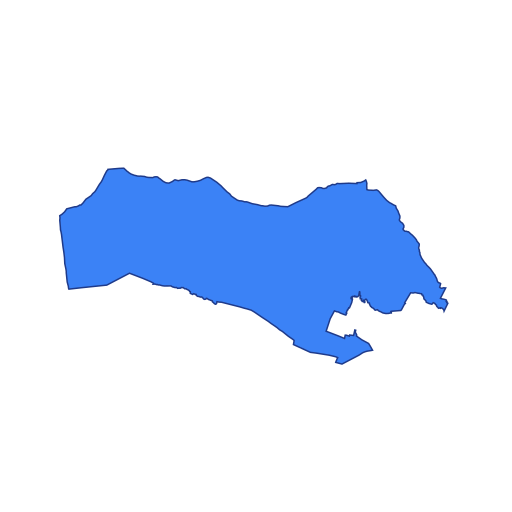 the district of Mitocu Dragomirnei, Suceava, Romania, rotated 299°
{"feature_id": "2599482B44834834601396", "entity_name": "Mitocu Dragomirnei", "entity_type": "district", "adm_level": 2, "iso_a3": "ROU", "parent_name": "Romania", "parent_adm1": "Suceava", "projection": "albers", "projection_center": [26.23, 47.747], "detail": "fine", "context": "isolated", "style": "filled", "palette": "blue", "viewbox_px": 512, "rotation_deg": 299, "n_neighbors": 0, "source": "geoboundaries", "source_scale": "gbopen_adm2", "svg_char_len": 6098}
<svg xmlns="http://www.w3.org/2000/svg" viewBox="0 0 512 512"><g transform="rotate(299 256 256)"><path d="M368.0,343.3L369.4,339.1L372.0,332.3L372.3,331.0L372.3,329.6L372.2,329.3L370.3,326.8L369.6,325.3L368.2,322.5L367.8,320.8L371.6,318.5L373.2,317.8L374.8,316.3L375.7,315.1L373.9,314.2L371.1,312.0L369.1,308.8L368.3,309.2L364.6,301.8L359.8,294.0L358.8,291.8L357.3,291.0L356.5,290.2L355.6,288.1L353.1,286.5L352.4,285.6L351.9,285.2L350.9,284.8L349.8,284.7L348.3,283.2L347.5,281.8L347.4,280.1L346.4,277.9L345.5,276.8L343.6,276.3L333.8,272.6L332.0,272.2L330.6,271.4L322.1,265.1L314.5,259.9L311.4,253.5L310.7,251.1L308.0,244.7L307.0,243.2L305.2,241.8L303.9,239.7L303.2,237.6L302.5,236.1L301.6,232.3L299.9,227.3L299.1,222.5L298.8,221.5L297.8,219.6L297.6,218.3L297.2,216.8L296.2,214.6L295.8,212.6L296.4,205.5L297.5,203.1L297.7,202.0L298.0,199.7L299.8,193.3L300.4,191.5L301.5,185.9L302.1,178.4L301.6,175.9L300.7,174.6L298.1,172.6L295.2,170.7L293.0,168.5L291.2,166.3L290.5,165.3L289.8,163.9L288.9,158.9L288.1,156.6L286.7,154.2L284.2,151.5L283.4,148.3L282.9,147.8L280.7,146.8L277.6,144.6L276.7,142.6L276.4,141.6L276.3,140.5L276.3,138.4L277.0,134.6L277.1,133.1L277.4,131.8L277.2,130.9L276.4,129.4L275.5,128.4L274.5,127.7L272.5,123.7L271.9,122.1L271.5,119.9L269.8,116.1L269.2,115.2L268.4,113.4L268.1,112.0L267.6,110.4L267.1,106.9L267.2,104.7L267.5,103.3L267.6,102.1L268.0,100.7L268.7,97.8L266.2,93.7L260.0,84.5L259.5,84.7L258.0,84.2L253.3,84.3L248.1,84.7L245.8,84.7L242.8,84.3L236.3,84.1L234.1,83.9L231.3,82.9L228.9,82.6L223.2,79.7L218.5,79.0L215.7,78.2L215.2,77.2L213.6,76.3L212.0,75.0L211.1,73.5L205.5,67.6L201.8,67.2L198.5,66.1L196.1,64.8L194.3,66.1L192.2,67.0L186.4,70.9L184.0,72.4L182.8,73.6L180.5,75.5L170.0,83.1L166.3,86.0L161.7,89.3L156.7,92.4L152.4,96.1L150.7,97.4L149.3,98.2L141.7,103.5L138.7,106.4L136.9,107.7L136.3,108.4L143.5,118.5L158.2,139.6L179.6,153.7L181.6,167.9L182.5,176.5L182.5,179.5L182.2,179.7L181.5,179.7L182.5,181.3L182.8,183.0L183.2,183.3L183.2,184.1L183.4,184.7L183.7,185.4L184.0,185.8L184.3,187.4L184.7,188.8L185.4,190.5L186.7,192.8L188.6,196.1L188.5,198.0L188.7,198.5L188.9,199.6L189.2,200.7L189.9,201.6L189.7,203.1L190.5,204.2L191.2,205.5L192.2,205.9L192.2,206.2L193.1,207.6L192.9,208.6L192.8,209.8L193.5,210.7L193.4,211.0L193.3,212.0L193.4,212.8L193.4,214.1L193.3,214.5L192.8,215.1L192.9,215.9L191.5,216.6L191.5,217.1L191.7,219.3L192.8,219.7L193.0,220.9L192.9,221.6L193.4,222.1L193.2,222.5L192.6,223.0L192.4,224.4L192.9,225.7L193.1,227.2L193.8,228.3L193.9,228.6L193.5,229.4L193.5,230.3L193.1,230.9L193.0,231.7L193.3,232.3L194.1,233.1L194.9,233.1L195.2,234.0L194.9,235.5L195.2,236.6L195.2,237.6L195.6,239.3L195.5,239.6L194.8,240.1L194.7,241.0L194.2,242.5L194.1,243.7L194.2,244.0L194.9,244.5L195.6,244.5L197.1,244.0L197.9,246.3L198.8,248.1L203.7,266.7L204.7,271.3L205.4,273.8L206.3,278.1L206.2,281.6L205.3,291.3L204.8,298.4L204.3,301.8L203.6,309.1L202.9,312.4L202.8,315.7L201.5,323.0L200.9,329.1L200.6,330.3L196.7,331.7L198.1,350.3L200.3,355.8L204.7,368.0L206.5,374.5L206.7,376.2L206.7,376.8L205.0,376.8L203.5,377.1L203.1,377.0L201.6,377.3L203.2,383.6L219.3,394.2L222.9,396.1L223.9,396.8L225.2,397.9L226.7,399.4L229.3,402.7L230.1,403.6L232.5,399.7L234.1,396.9L234.0,389.2L234.7,382.6L235.7,382.4L236.9,380.8L237.3,379.8L239.4,379.2L239.2,378.3L233.8,379.9L232.3,376.2L231.2,376.5L230.5,373.3L230.0,372.4L226.8,373.4L226.0,366.6L224.2,353.8L237.1,351.3L246.0,351.2L246.4,353.7L247.0,355.1L247.0,357.5L247.5,361.2L247.9,363.2L250.0,363.1L250.0,362.4L253.3,362.1L253.4,362.4L255.7,362.2L255.9,362.9L261.6,362.3L265.1,361.3L265.2,361.1L264.7,360.1L264.8,359.8L266.0,359.3L266.3,359.4L266.4,359.6L266.2,360.3L266.6,360.2L266.9,359.8L267.2,359.8L267.7,360.3L267.7,360.8L267.9,361.2L268.7,361.4L268.8,361.6L268.3,362.1L268.2,362.4L268.6,362.9L269.2,363.0L269.0,364.1L269.5,364.3L269.9,364.8L270.4,364.8L270.9,365.1L274.9,363.8L275.0,363.9L274.9,364.2L272.1,365.9L271.9,366.8L271.7,367.0L271.1,366.8L269.8,367.3L269.7,367.5L269.7,367.9L269.2,368.0L269.6,369.1L269.6,369.4L268.3,369.6L268.2,369.8L268.2,370.2L268.1,370.4L267.8,370.9L268.2,371.4L268.6,371.5L268.1,371.7L268.0,371.8L268.1,372.6L268.4,373.1L268.2,373.3L267.9,373.4L268.0,373.6L268.6,373.6L269.3,372.7L269.7,372.5L271.2,372.8L271.6,373.2L271.4,374.0L270.2,375.7L269.4,376.4L269.4,376.8L269.8,377.6L269.8,378.0L268.5,379.0L268.3,379.6L267.5,380.6L267.6,381.1L267.1,382.1L267.2,382.8L267.1,384.5L266.5,385.7L266.4,386.2L266.5,386.7L267.9,388.2L267.9,388.5L267.6,389.1L267.5,389.6L267.5,391.1L267.7,391.9L267.7,394.5L268.4,396.8L268.7,397.6L270.0,399.7L271.4,401.3L271.8,402.0L272.2,401.8L272.7,400.9L273.1,400.9L278.5,409.0L279.3,409.3L285.5,409.2L286.9,409.6L287.1,408.7L298.8,409.1L299.8,411.3L300.3,412.0L301.1,412.7L302.0,415.8L302.6,417.1L302.6,417.7L303.3,419.1L302.4,420.0L302.5,420.5L302.6,421.1L301.9,421.6L301.4,422.6L300.5,423.2L299.8,423.9L299.5,425.3L299.1,426.4L298.1,427.3L298.3,430.2L299.0,433.0L299.5,433.4L301.1,433.6L301.2,434.0L301.2,435.7L300.7,436.2L300.5,437.6L299.9,438.1L299.5,438.7L299.2,440.0L298.8,440.8L298.8,441.1L299.6,441.8L299.6,442.7L300.0,442.9L300.3,442.7L300.6,443.5L300.4,445.1L300.1,445.9L299.7,446.6L299.0,447.2L307.7,446.7L307.7,445.5L308.5,445.4L308.4,444.4L309.6,444.1L309.8,443.5L309.4,441.7L308.5,438.9L308.4,437.8L320.0,437.4L319.1,435.4L318.1,434.4L317.7,433.9L317.5,432.6L317.7,431.8L321.3,430.9L321.5,430.0L321.2,428.8L321.3,428.1L321.5,427.5L322.1,426.6L323.4,425.4L324.2,424.4L325.0,423.1L326.3,421.3L326.3,420.8L326.7,420.2L329.3,414.8L329.8,413.3L330.7,410.0L331.4,408.6L332.1,406.4L334.3,402.1L334.9,401.2L335.8,400.1L336.4,399.2L337.2,398.4L338.3,397.8L339.3,396.6L340.4,396.0L341.2,394.9L341.7,394.5L342.4,394.1L343.8,393.8L345.6,393.0L347.1,389.4L347.8,388.6L348.7,386.7L350.0,382.7L350.3,380.8L351.1,377.7L350.7,376.8L350.6,375.7L349.9,374.4L349.9,373.6L350.2,372.9L350.3,372.1L350.9,371.5L352.8,371.4L354.3,370.6L355.0,369.6L355.7,368.2L355.9,366.2L356.4,364.8L356.7,364.2L357.1,363.8L359.0,363.4L360.7,362.5L363.1,359.5L364.1,358.5L365.8,355.5L367.6,353.8L367.4,351.6L367.5,348.6L367.4,347.0L368.0,343.3Z" fill="#3b82f6" stroke="#1e3a8a" stroke-width="1.5"/></g></svg>